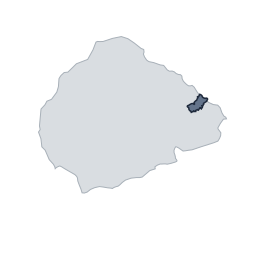 Villa Constitución, Salto, Uruguay (highlighted), rotated 118°
{"feature_id": "84410073B3070112347268", "entity_name": "Villa Constitución", "entity_type": "district", "adm_level": 2, "iso_a3": "URY", "parent_name": "Uruguay", "parent_adm1": "Salto", "projection": "albers", "projection_center": [-57.701, -31.128], "detail": "fine", "context": "in_parent", "style": "filled", "palette": "slate", "viewbox_px": 256, "rotation_deg": 118, "n_neighbors": 0, "source": "geoboundaries", "source_scale": "gbopen_adm2", "svg_char_len": 3118}
<svg xmlns="http://www.w3.org/2000/svg" viewBox="0 0 256 256"><g transform="rotate(118 128 128)"><path d="M198.1,173.2L196.6,174.4L195.0,176.9L192.9,182.7L186.5,190.7L185.1,195.2L178.4,199.8L173.6,205.1L170.6,204.8L167.8,207.1L152.1,213.7L146.5,212.2L142.4,212.2L138.6,209.0L129.8,207.7L124.3,208.8L116.8,212.1L114.6,212.0L113.0,211.8L109.0,210.4L106.9,207.3L95.5,203.7L86.4,195.8L75.5,195.6L67.2,196.6L65.9,195.6L65.0,193.6L63.3,190.6L56.1,183.7L50.4,176.8L49.2,170.0L50.0,162.6L51.6,153.8L51.3,151.0L53.4,149.5L55.5,149.1L57.5,146.8L59.3,143.4L59.6,140.8L58.2,136.0L57.2,129.3L56.0,125.9L58.3,120.6L58.4,118.1L57.0,115.8L56.7,113.5L57.3,111.1L57.1,108.8L56.3,106.6L56.9,104.8L59.1,103.3L60.7,101.1L61.7,98.1L62.2,95.9L62.3,94.3L61.6,92.8L60.3,91.4L60.9,88.7L63.4,84.5L65.1,80.9L65.8,77.6L65.8,75.1L64.9,73.1L65.3,71.7L66.9,71.0L67.6,69.0L67.3,63.8L65.7,59.5L66.9,56.1L70.5,52.2L72.4,49.1L72.6,46.7L73.7,45.3L75.4,47.9L80.6,48.6L85.7,48.7L86.6,48.0L88.6,43.8L91.3,42.6L94.2,42.3L97.4,42.5L100.8,45.4L110.3,54.7L117.2,61.2L119.3,64.2L121.1,66.5L122.5,68.6L121.8,74.1L121.9,76.4L122.2,77.1L123.8,77.2L126.1,76.9L128.2,75.7L129.7,74.0L131.3,72.6L132.5,71.9L133.0,70.7L133.7,69.5L134.5,69.3L135.8,70.2L139.0,73.4L141.5,76.3L142.1,78.0L143.0,79.7L144.0,81.3L144.7,82.7L147.1,84.7L149.6,86.0L151.3,84.8L155.4,88.8L164.6,92.4L166.3,94.4L167.8,97.3L170.9,101.8L175.2,105.8L178.8,107.5L182.2,108.6L184.1,109.5L185.4,111.0L187.4,112.7L188.7,113.3L189.1,114.8L190.4,118.0L191.7,122.0L193.1,125.7L196.3,129.4L199.9,132.3L203.8,134.0L205.9,136.0L206.8,138.1L204.0,140.9L201.0,144.5L198.4,147.4L195.7,149.3L194.8,150.7L194.1,152.9L193.7,164.5L193.4,168.8L193.5,170.0L193.8,170.7L195.4,172.0L197.3,173.0L198.1,173.2Z" fill="#d9dde1" stroke="#a8b0b8" stroke-width="1"/><path d="M67.5,71.1L67.4,71.2L67.3,71.3L67.2,71.3L66.9,71.3L66.7,71.3L66.4,71.3L66.1,71.2L65.9,71.2L65.7,71.2L65.4,71.2L65.2,71.3L64.9,71.5L64.7,71.9L64.7,72.0L64.7,72.3L64.7,72.5L64.8,72.6L65.0,73.0L65.3,73.2L65.4,73.4L65.5,73.6L65.6,73.8L65.7,74.1L65.8,74.3L65.9,74.6L65.9,74.8L65.9,75.1L65.9,75.3L65.9,75.5L65.9,75.9L65.8,76.2L65.7,76.4L65.7,76.7L65.6,76.8L65.6,77.0L65.4,77.2L65.2,77.4L65.1,77.5L64.9,77.7L64.8,77.8L64.7,78.0L64.6,78.4L64.5,78.6L64.5,78.8L64.5,79.0L64.5,79.3L64.5,79.5L64.5,79.9L64.5,80.1L64.5,80.3L64.6,80.5L65.0,80.4L65.4,80.6L66.0,80.3L66.7,80.5L67.1,80.5L67.5,81.1L67.7,81.3L68.0,81.3L68.2,80.8L68.4,80.5L69.0,80.5L69.8,80.6L70.1,80.6L71.0,80.4L71.4,80.6L72.8,81.2L74.3,81.6L74.5,81.6L75.4,80.7L75.7,80.5L76.1,80.7L76.1,81.1L75.9,81.8L76.0,82.2L76.4,83.0L77.0,83.6L78.4,84.5L79.4,85.0L79.8,85.4L80.3,85.8L80.9,85.9L81.3,85.6L81.5,84.9L81.7,83.8L82.0,83.5L82.7,83.2L83.7,81.8L83.6,80.7L84.5,79.5L83.4,78.8L83.3,78.4L83.1,78.2L82.1,78.1L82.1,77.7L82.2,76.9L81.6,76.0L81.1,76.5L80.9,76.5L80.3,76.2L79.1,75.3L79.1,75.1L79.4,74.7L79.4,74.4L79.2,74.2L78.0,74.1L76.6,74.1L76.2,73.9L76.0,73.6L76.0,73.4L76.4,73.1L76.6,72.9L76.7,72.2L75.7,72.2L75.2,72.0L74.6,72.1L74.3,72.3L74.1,72.6L74.0,72.9L73.7,73.2L73.4,72.4L73.2,72.3L73.1,72.5L72.5,72.5L72.0,72.5L71.4,72.3L70.8,72.9L67.5,71.1Z" fill="#64748b" stroke="#1e293b" stroke-width="1.5"/></g></svg>